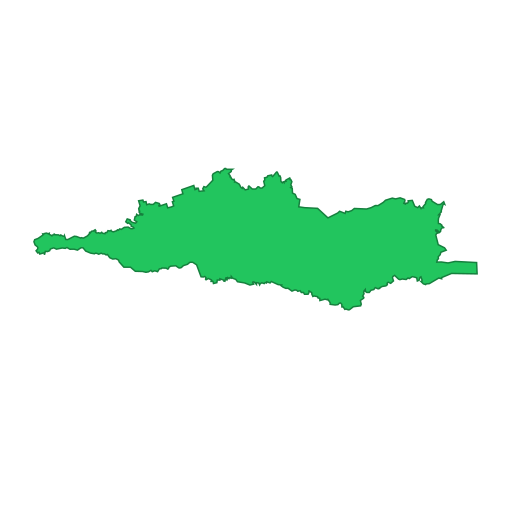 outline of Coatepec, Veracruz, Mexico, rotated 333°
{"feature_id": "50627088B84316937235456", "entity_name": "Coatepec", "entity_type": "district", "adm_level": 2, "iso_a3": "MEX", "parent_name": "Mexico", "parent_adm1": "Veracruz", "projection": "mercator", "projection_center": [-96.934, 19.445], "detail": "fine", "context": "isolated", "style": "filled", "palette": "green", "viewbox_px": 512, "rotation_deg": 333, "n_neighbors": 0, "source": "geoboundaries", "source_scale": "gbopen_adm2", "svg_char_len": 6123}
<svg xmlns="http://www.w3.org/2000/svg" viewBox="0 0 512 512"><g transform="rotate(333 256 256)"><path d="M64.6,142.5L64.2,145.9L65.4,148.5L65.4,149.7L64.4,150.8L62.4,151.5L62.9,154.2L64.3,154.2L64.2,156.1L68.6,156.9L68.1,158.9L70.4,156.2L72.2,157.4L74.5,157.6L76.0,156.4L79.5,156.9L81.3,159.3L87.0,160.9L89.5,162.6L91.4,162.6L93.3,165.5L97.1,167.4L99.6,169.7L103.8,169.2L105.6,170.2L106.5,174.3L110.0,178.4L113.1,180.7L114.2,180.6L115.4,181.4L116.7,183.0L119.3,183.2L120.5,184.7L121.8,185.1L122.9,187.0L124.3,187.2L124.9,191.1L127.0,193.7L130.0,194.8L131.7,197.3L131.4,199.1L133.2,206.0L139.1,209.0L141.5,214.8L147.9,218.3L150.5,220.5L153.0,221.3L155.9,221.1L156.4,222.9L159.1,223.2L161.2,225.3L164.1,223.6L165.8,224.3L166.7,224.0L170.4,226.0L171.4,227.6L172.2,227.6L173.3,226.5L175.3,226.3L180.1,228.3L181.8,231.5L182.7,232.1L184.2,232.4L187.0,231.6L191.2,232.3L194.2,231.6L196.7,232.8L199.1,236.9L197.6,249.6L199.6,250.8L201.1,251.0L201.6,252.6L200.5,253.8L200.7,254.5L203.3,254.4L204.8,256.2L205.3,257.2L204.6,257.5L205.4,257.3L205.4,257.9L203.8,258.3L205.4,258.4L206.1,259.2L205.6,261.2L209.0,262.0L210.6,259.8L212.9,261.1L213.5,259.9L216.5,263.1L216.0,263.7L216.8,264.4L219.2,261.8L219.8,262.0L218.7,263.1L219.2,264.2L221.1,262.5L221.6,263.9L222.4,263.3L223.8,264.5L224.7,263.0L225.1,265.2L227.4,267.7L227.8,270.5L233.6,274.8L237.4,279.1L241.1,280.0L241.0,278.1L241.7,277.7L242.6,278.4L243.5,281.5L244.2,279.9L246.2,281.3L246.1,283.4L247.2,282.6L249.0,282.5L250.8,284.3L252.2,283.8L253.1,284.8L253.9,283.9L256.3,286.4L258.1,285.7L262.7,291.5L265.7,293.5L264.9,293.9L266.0,296.1L267.9,298.4L269.9,299.3L272.1,303.6L275.2,303.9L276.7,305.0L277.2,306.4L279.5,306.9L279.8,309.1L281.8,310.1L281.8,312.1L285.1,313.7L286.6,312.6L287.2,311.2L287.6,311.4L289.0,314.0L288.4,315.4L288.3,317.9L289.6,318.0L292.4,320.2L292.2,321.5L293.6,322.7L292.7,324.7L297.9,325.8L300.0,327.7L300.4,327.4L300.9,331.3L300.1,332.7L304.3,335.6L306.9,336.5L308.6,335.9L310.0,336.2L310.5,338.0L309.4,340.4L310.6,341.0L310.9,343.9L312.1,344.1L313.8,345.9L314.9,346.3L319.7,345.4L326.6,347.9L327.9,346.7L328.8,343.0L332.7,342.5L333.3,341.8L332.8,340.2L335.1,338.7L335.4,337.3L336.5,336.1L338.2,335.4L337.4,337.3L338.2,338.8L340.4,339.9L342.9,338.7L345.7,339.4L347.9,338.3L349.9,340.7L351.3,341.0L351.3,340.6L354.4,340.4L358.2,341.6L360.0,341.2L360.2,340.2L361.0,339.5L361.9,339.4L363.6,341.5L367.2,340.6L367.7,337.4L368.6,336.4L370.7,336.2L372.5,341.3L373.5,342.4L375.9,342.9L379.1,345.1L381.5,344.6L382.3,345.7L385.8,345.3L387.7,346.8L389.3,348.4L388.4,351.5L390.4,351.6L392.4,349.5L393.5,349.4L393.1,352.6L392.4,353.7L391.4,353.5L392.5,356.8L394.2,358.5L395.0,358.1L397.8,359.3L408.9,358.6L411.1,360.6L411.6,359.5L422.3,360.3L444.9,372.3L449.6,362.0L430.9,351.2L424.0,349.4L418.6,345.6L414.3,343.5L415.9,341.6L417.3,341.3L418.0,339.4L420.6,338.5L422.4,336.6L428.1,337.2L427.7,334.3L423.5,328.6L425.7,318.9L427.2,317.9L429.0,318.2L427.5,315.1L427.9,314.3L429.0,314.9L430.3,318.3L431.6,317.9L432.7,316.3L434.2,315.6L435.3,315.4L436.5,316.4L435.0,313.5L435.6,313.0L434.7,310.9L433.3,309.9L434.5,307.2L435.8,305.2L438.6,302.8L437.5,302.2L441.2,300.8L441.3,300.1L445.9,295.2L447.2,295.0L447.6,295.6L447.9,292.9L443.7,293.8L441.1,292.6L437.8,287.2L437.9,285.4L436.0,283.6L434.3,283.3L431.3,285.3L431.0,286.3L427.2,287.9L427.1,289.1L425.2,288.2L424.6,288.6L424.3,285.6L422.0,286.3L420.0,283.7L420.5,277.4L416.6,275.9L416.1,277.3L414.7,277.7L413.6,276.9L412.8,277.6L411.6,276.2L413.8,274.4L414.1,273.1L410.8,269.6L406.3,268.5L403.7,266.3L396.7,265.1L393.8,266.0L387.6,266.5L385.2,265.2L380.6,265.2L375.8,264.3L365.2,258.3L361.9,259.0L358.2,258.5L356.3,256.9L354.7,258.5L350.8,254.1L348.3,254.8L337.4,254.7L332.5,241.5L321.4,235.1L316.4,231.6L320.8,225.5L318.6,223.4L318.9,218.9L317.1,216.5L319.1,212.0L318.0,210.8L319.4,210.4L319.3,208.4L321.7,206.1L321.7,203.8L321.0,203.4L321.6,202.2L321.5,201.8L317.3,201.9L316.4,202.3L316.5,203.1L314.6,202.5L314.3,203.2L314.1,202.6L313.1,202.7L313.3,202.3L312.4,202.1L312.1,200.7L313.6,197.3L313.7,195.5L312.9,195.4L313.0,190.9L312.4,190.5L306.9,192.8L306.4,191.7L306.7,190.9L302.9,189.9L301.4,190.8L299.1,190.2L298.3,192.3L296.8,192.9L295.7,197.4L292.1,198.2L290.7,197.5L289.9,195.7L289.2,195.2L286.2,196.2L283.1,194.6L281.5,190.4L280.4,190.9L279.6,192.9L276.4,192.2L275.4,188.8L274.5,189.5L273.7,188.0L273.7,184.4L271.5,180.9L270.5,180.4L271.0,179.9L271.2,177.7L270.3,177.8L269.3,176.1L269.4,174.2L268.8,173.7L269.4,172.7L268.9,170.1L272.2,169.5L273.2,168.1L274.3,168.0L269.0,165.3L268.8,164.3L267.7,163.8L265.2,164.7L263.2,164.5L261.6,165.7L261.0,163.9L259.9,163.2L255.2,163.3L253.8,164.3L251.9,168.9L243.4,171.9L242.5,171.9L241.1,170.5L239.0,172.0L239.3,174.3L234.7,172.6L235.3,169.4L233.5,168.5L233.4,169.4L231.7,169.2L232.6,164.9L220.0,163.2L219.1,167.4L208.3,165.9L207.7,169.9L206.1,169.7L205.4,174.0L203.0,173.9L199.2,173.0L199.9,168.8L192.3,167.7L192.4,166.8L193.7,166.4L193.6,165.2L190.8,162.6L187.9,163.4L185.5,162.2L184.5,161.1L181.9,160.7L182.7,157.6L180.3,156.8L180.6,154.8L176.5,153.5L175.5,158.7L173.0,160.5L172.3,162.8L172.7,163.3L171.8,163.8L171.9,165.2L174.2,167.4L173.5,168.0L170.9,166.4L169.4,166.5L168.6,164.7L167.2,166.3L166.1,166.1L163.9,168.7L165.3,171.4L163.6,172.1L161.0,169.8L159.9,167.3L160.3,166.6L158.1,164.5L155.5,166.4L156.4,168.6L157.3,168.5L158.9,171.4L158.3,173.0L159.5,174.1L160.0,175.7L158.5,175.7L157.0,175.0L155.2,172.2L151.7,170.7L147.9,171.1L147.0,170.0L145.0,170.5L144.5,169.8L143.1,170.2L139.7,169.7L138.4,168.2L138.5,167.3L137.1,167.3L135.6,166.2L133.8,167.4L132.4,166.8L131.6,167.6L129.5,166.0L129.3,164.8L127.3,165.1L126.5,163.9L124.6,163.3L123.8,162.1L124.8,161.0L124.6,159.6L123.3,159.7L123.1,160.2L121.0,159.3L119.5,159.8L118.8,159.4L118.1,159.8L118.4,160.3L114.9,161.6L110.3,161.7L108.6,160.3L107.9,160.4L104.9,157.1L103.1,155.9L95.7,155.9L94.0,154.9L94.6,150.8L94.0,151.4L92.8,150.5L91.6,148.6L90.6,149.0L89.6,147.5L86.8,146.0L86.2,144.9L85.8,145.4L84.0,144.9L83.3,145.4L81.6,142.7L82.1,141.9L81.0,141.8L79.6,140.4L77.2,139.8L76.5,140.3L76.0,139.7L75.9,140.4L75.0,140.7L69.8,141.4L66.2,141.0L64.6,142.5Z" fill="#22c55e" stroke="#15803d" stroke-width="1.5"/></g></svg>